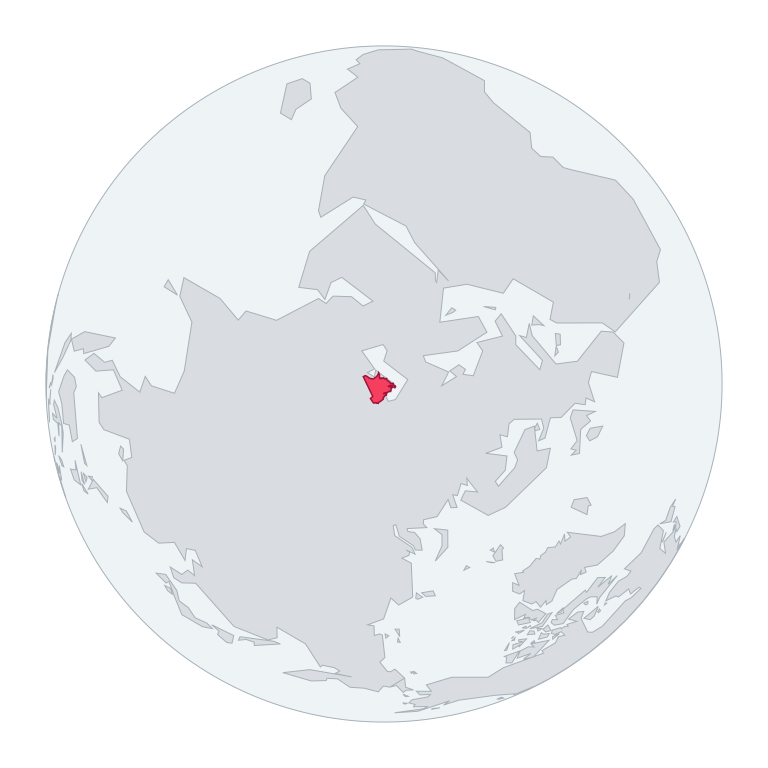 globe centered on Mangghystau, rotated 157°
{"feature_id": "KAZ-3236", "entity_name": "Mangghystau", "entity_type": "Region", "adm_level": 1, "iso_a3": "KAZ", "parent_name": "Kazakhstan", "parent_adm1": "", "projection": "orthographic", "projection_center": [52.321, 43.87], "detail": "fine", "context": "on_globe", "style": "filled", "palette": "rose", "viewbox_px": 768, "rotation_deg": 157, "n_neighbors": 0, "source": "natural_earth", "source_scale": "10m", "svg_char_len": 14598}
<svg xmlns="http://www.w3.org/2000/svg" viewBox="0 0 768 768"><g transform="rotate(157 384 384)"><circle cx="384" cy="384" r="338" fill="#eef3f6" stroke="#a8b0b8"/><path d="M371.4,46.3L372.2,46.5L363.6,46.8L365.3,47.1L376.3,47.1L383.1,47.2L403.9,54.2L438.7,63.7L454.6,65.2L447.3,66.7L480.6,69.5L502.7,77.2L474.7,69.7L469.5,70.0L483.0,75.3L480.6,76.9L485.7,80.7L481.6,82.4L465.6,78.8L462.6,80.0L472.3,83.8L474.3,88.6L460.5,82.6L462.6,90.5L436.2,87.6L402.7,73.4L384.9,76.2L342.1,73.9L342.9,76.8L327.2,78.8L322.3,83.2L315.7,82.2L317.5,86.7L324.4,86.7L327.4,88.9L325.2,91.7L316.4,90.7L316.3,89.2L312.6,90.4L309.2,88.9L309.6,91.2L299.2,90.2L306.0,95.5L294.9,98.4L289.0,96.6L294.2,91.2L293.4,76.1L289.1,74.0L277.7,75.7L246.5,90.1L239.7,90.7L227.3,95.5L228.8,97.3L239.1,94.4L238.9,99.7L251.6,96.3L253.3,98.3L264.5,97.7L257.8,104.1L245.2,110.9L235.6,112.0L229.8,115.3L234.9,119.9L213.1,128.2L191.9,145.3L186.8,147.2L184.1,139.8L194.4,124.8L191.0,118.1L188.1,129.2L175.4,135.0L171.1,139.2L168.8,143.2L171.6,143.8L166.2,147.6L167.1,137.3L172.0,133.7L171.7,136.7L176.4,130.1L177.0,124.5L170.5,128.7L178.1,118.2L173.6,121.3L172.7,121.2L179.4,116.7L167.5,124.9L170.3,122.2L189.7,107.5L210.1,94.3L231.3,82.5L253.4,72.3L276.1,63.8L299.4,56.8L323.1,51.6L347.2,48.1L371.4,46.3ZM386.5,47.2L376.8,47.1L367.7,46.8L376.1,46.5L386.5,47.2ZM403.3,49.8L398.1,49.7L396.6,48.2L400.1,48.7L403.3,49.8ZM466.5,66.4L459.0,64.1L467.1,65.9L466.5,66.4ZM487.1,80.9L490.0,81.2L491.4,83.2L487.1,80.9ZM267.4,94.4L266.0,96.0L264.6,95.2L267.4,94.4ZM273.7,92.8L273.2,90.7L276.1,89.7L276.3,91.0L273.7,92.8ZM486.4,87.7L487.8,91.1L483.6,87.0L486.4,87.7ZM273.6,95.6L281.2,88.2L286.3,86.5L291.5,90.2L273.6,95.6ZM486.8,92.6L490.4,101.6L497.1,102.7L480.0,105.2L482.6,96.4L476.4,90.9L483.1,93.4L486.8,92.6ZM327.5,85.6L320.1,85.6L328.4,83.1L327.5,85.6ZM332.1,83.6L353.3,74.3L363.2,76.2L354.1,78.6L368.6,79.6L363.0,85.0L353.8,85.7L348.5,83.3L350.4,87.3L332.1,83.6ZM470.0,105.6L468.5,107.5L467.0,104.8L470.0,105.6ZM329.3,89.6L332.7,87.3L341.5,88.7L336.3,93.6L335.1,91.5L329.3,89.6ZM375.2,77.4L380.8,79.6L377.8,84.5L379.6,86.2L363.7,85.3L375.2,77.4ZM332.0,92.6L333.5,96.1L327.2,98.1L326.6,91.9L332.0,92.6ZM346.0,87.1L349.9,88.1L346.0,89.1L346.0,87.1ZM306.0,108.1L309.9,104.9L314.8,105.2L306.0,108.1ZM334.4,97.3L336.6,96.6L338.9,96.5L338.6,99.2L334.4,97.3ZM362.7,89.1L360.3,90.8L369.1,89.6L367.2,93.6L356.9,92.5L360.6,94.7L360.0,96.0L352.3,93.7L362.7,89.1ZM345.4,101.8L331.7,102.5L323.5,108.2L318.8,107.9L333.0,98.9L345.4,101.8ZM350.1,97.2L346.2,99.9L342.4,97.9L342.8,94.9L350.1,97.2ZM369.6,96.9L375.1,91.0L377.2,91.5L369.6,96.9ZM343.7,103.8L347.1,103.7L343.6,104.4L343.7,103.8ZM362.5,99.3L364.2,97.1L366.5,97.7L362.5,99.3ZM352.3,105.5L347.9,105.5L348.0,103.3L352.3,105.5ZM357.6,103.0L360.3,104.4L350.8,102.5L358.0,101.8L357.6,103.0ZM364.4,100.3L366.3,99.9L363.3,101.2L364.4,100.3ZM354.3,114.2L342.3,112.3L342.6,107.3L354.3,109.6L354.3,114.2ZM82.4,456.7L77.0,399.7L85.2,390.0L90.7,370.0L150.8,341.6L159.1,354.9L201.4,372.8L205.9,378.6L196.1,393.2L224.0,430.4L238.7,420.9L268.8,443.5L291.8,449.0L308.5,419.0L270.8,409.3L269.0,391.5L303.1,385.6L336.7,394.7L337.1,388.1L319.8,369.8L331.6,359.8L314.3,362.5L318.3,370.3L307.6,372.5L303.3,365.6L307.6,362.1L298.6,356.7L280.2,375.9L282.3,385.9L256.2,381.8L257.2,398.4L248.7,402.9L243.9,376.6L247.4,368.8L235.0,336.2L228.9,343.8L240.2,375.5L234.8,371.2L226.6,383.0L228.7,370.6L217.9,335.2L197.1,329.4L163.4,347.7L152.8,342.3L147.1,328.0L166.5,298.9L188.2,314.4L195.3,305.4L197.1,285.4L203.5,292.2L206.9,286.3L215.7,291.6L234.1,284.0L244.0,287.9L257.0,271.3L263.9,271.3L254.2,280.9L252.7,290.2L277.9,300.6L284.5,298.5L291.0,287.2L297.1,292.0L300.1,279.7L317.5,280.5L298.9,269.7L306.0,257.3L319.6,250.9L318.6,245.2L296.4,255.8L290.6,262.0L290.9,270.2L272.1,286.9L262.1,286.5L269.2,262.6L255.9,259.9L267.2,243.5L320.3,223.0L339.4,222.3L358.7,247.1L350.9,253.9L340.1,248.1L344.7,264.9L346.9,258.0L352.0,262.3L360.1,252.6L364.0,255.3L365.0,241.8L370.8,244.0L370.1,252.6L387.0,241.2L400.6,243.6L402.5,239.8L400.7,235.1L419.2,241.9L419.7,238.9L413.9,235.4L411.3,227.4L413.8,216.1L420.1,219.0L420.0,223.5L429.3,237.7L428.1,249.9L430.9,250.0L433.4,240.3L422.1,222.7L421.9,215.2L428.5,222.5L426.1,219.2L427.9,216.5L435.6,216.7L428.9,208.4L440.8,176.7L456.8,174.8L461.3,184.3L476.2,167.9L493.1,168.7L487.7,165.3L491.2,156.2L485.9,155.7L483.6,153.5L490.1,131.8L496.5,129.6L493.2,118.1L490.4,116.5L485.4,117.3L480.0,105.2L497.1,102.7L502.6,106.2L509.6,102.9L521.0,111.7L533.7,118.1L542.1,130.8L551.4,135.3L553.1,133.6L567.0,139.1L589.9,157.8L564.0,150.1L528.3,127.1L542.2,136.7L536.9,137.0L540.5,142.2L550.5,149.2L553.1,148.4L557.8,175.4L577.6,202.0L581.5,192.2L590.9,193.8L616.8,219.4L635.2,274.2L647.8,279.9L653.2,287.8L652.3,299.1L644.5,287.7L637.4,289.4L633.2,281.7L629.1,297.1L622.8,286.8L622.7,304.6L630.2,309.7L636.1,299.3L638.8,320.1L653.5,325.5L662.6,341.5L663.0,385.8L652.2,409.2L653.1,415.3L644.9,414.9L639.9,432.6L659.7,451.4L661.2,460.1L650.3,487.4L649.0,481.7L627.4,480.6L627.5,502.8L644.1,508.4L649.9,522.9L639.0,525.5L632.6,513.0L624.9,512.1L624.0,493.8L612.0,471.9L600.8,484.3L598.8,473.2L580.5,457.3L562.8,474.0L536.6,516.1L537.7,544.5L526.6,560.1L501.5,526.8L493.2,499.8L482.4,505.1L458.1,484.6L410.9,488.3L405.9,480.7L396.6,484.8L379.8,477.1L372.8,464.0L361.8,464.6L381.2,498.7L393.1,498.1L405.3,484.9L408.3,496.8L424.7,506.3L400.6,535.2L333.3,556.5L329.6,534.7L293.4,466.3L296.1,459.4L296.1,458.5L295.8,457.0L289.5,467.8L284.3,453.7L300.5,502.0L302.0,520.8L332.4,557.6L328.8,560.5L339.4,568.1L377.0,562.2L376.6,569.1L357.1,598.9L307.6,631.2L315.9,654.7L315.2,671.5L288.2,676.6L294.5,688.1L281.1,688.3L282.9,693.4L274.4,695.5L258.7,693.8L227.8,681.5L222.7,676.9L202.5,661.2L173.0,624.0L177.4,613.6L173.3,600.0L151.3,558.5L155.9,543.3L150.8,532.1L139.9,526.9L134.4,513.2L128.1,508.2L91.3,481.2L82.4,456.7ZM125.1,366.0L122.3,371.5L125.1,366.0ZM369.4,420.7L391.5,423.2L386.7,401.6L394.8,401.0L390.1,394.2L386.2,400.1L375.6,381.5L387.0,375.8L386.9,366.4L379.5,365.2L360.4,378.8L375.3,405.2L368.1,413.4L369.4,420.7ZM175.4,135.6L175.1,136.6L171.8,141.0L171.5,139.6L175.4,135.6ZM168.9,158.5L160.4,164.2L166.2,158.8L164.0,157.4L173.6,145.1L184.7,147.6L178.0,148.4L168.9,158.5ZM189.4,130.3L182.1,137.2L189.7,129.6L189.4,130.3ZM216.9,251.3L217.8,257.5L211.5,262.7L199.1,259.8L208.1,252.0L216.9,251.3ZM220.7,265.4L231.2,243.7L239.4,245.3L233.0,248.0L237.3,251.2L228.3,256.4L225.8,280.0L220.1,286.3L200.2,276.2L209.9,275.8L208.3,269.3L220.7,265.4ZM243.6,192.0L248.2,184.5L259.9,197.5L254.2,203.2L241.4,200.1L240.7,191.6L243.6,192.0ZM281.2,104.3L282.3,101.9L284.7,101.9L285.8,104.1L281.2,104.3ZM307.4,106.6L279.3,115.6L279.0,113.1L262.9,122.3L255.9,119.5L266.6,113.4L249.1,118.6L256.0,112.0L244.2,116.5L268.8,103.3L274.3,98.2L270.8,104.8L277.1,107.4L281.4,107.1L297.8,102.4L312.7,93.5L321.3,95.3L323.4,99.0L321.1,101.4L316.3,99.3L316.7,104.1L308.0,103.0L307.4,106.6ZM343.1,150.9L338.4,145.8L337.8,158.4L329.1,156.1L329.5,157.7L321.3,159.2L312.1,164.0L308.9,161.9L306.7,164.8L301.2,166.1L297.2,169.4L289.9,167.1L284.3,171.1L284.0,167.7L276.4,175.4L278.8,168.7L271.9,170.3L273.2,175.9L243.7,158.8L229.5,157.9L216.4,161.2L222.2,150.3L238.3,140.7L258.3,134.0L271.1,136.8L271.4,131.8L277.7,131.8L274.8,135.8L282.9,129.8L287.3,131.0L305.1,127.2L314.1,118.7L320.8,117.4L319.5,121.4L327.1,117.4L329.1,124.3L333.9,123.7L340.8,130.3L335.3,138.9L341.2,137.7L346.6,143.1L343.1,150.9ZM355.9,116.1L351.4,126.2L344.4,130.1L335.5,117.2L330.8,116.8L324.8,109.4L335.1,104.1L335.9,106.6L339.0,107.9L334.5,109.0L340.5,109.1L341.7,112.7L346.7,113.9L343.8,116.7L355.9,116.1ZM214.0,375.2L218.0,378.1L225.0,380.5L219.9,388.4L214.0,375.2ZM206.2,351.2L210.3,352.1L206.5,363.6L202.4,361.0L206.2,351.2ZM215.7,343.2L210.8,351.3L211.0,345.3L215.7,343.2ZM258.3,281.3L263.0,281.9L262.3,284.8L258.2,288.0L258.3,281.3ZM339.5,190.5L338.0,186.3L340.2,185.3L343.5,175.7L350.2,177.1L350.9,183.4L339.5,190.5ZM300.3,423.1L291.8,427.7L289.2,423.9L292.6,423.0L300.3,423.1ZM252.6,408.8L262.0,416.4L251.1,410.8L252.6,408.8ZM347.5,190.4L348.0,186.1L351.1,189.5L347.5,190.4ZM355.3,177.7L359.4,180.7L351.4,176.1L355.3,177.7ZM373.5,673.8L356.1,698.2L339.9,697.0L334.6,689.8L339.5,674.8L357.7,671.3L366.0,663.5L373.5,673.8ZM689.9,516.0L693.6,510.9L693.2,512.2L689.9,516.0ZM686.3,518.6L691.0,512.0L685.0,522.1L686.3,518.6ZM692.7,509.5L697.5,500.3L699.5,495.4L698.8,498.2L692.7,509.5ZM682.9,523.3L661.4,546.8L652.1,552.8L655.0,546.8L670.1,533.2L682.9,523.3ZM654.2,547.4L639.0,549.1L613.3,531.3L622.6,526.2L648.5,529.3L647.0,534.0L656.3,535.2L654.2,547.4ZM688.2,492.1L686.5,504.1L675.4,516.5L669.9,520.7L666.2,511.0L668.3,501.8L673.0,497.2L687.5,453.6L693.4,452.7L689.8,469.1L694.3,472.9L688.2,492.1ZM539.4,546.5L548.4,559.4L541.9,564.3L539.4,546.5ZM690.6,428.0L686.6,447.0L689.4,425.0L690.6,428.0ZM690.6,409.6L692.2,414.7L688.7,412.6L690.6,409.6ZM655.5,423.5L650.7,429.8L649.2,425.8L654.5,415.4L655.5,423.5ZM669.6,355.2L674.6,367.5L675.4,372.7L670.8,367.8L669.6,355.2ZM406.0,201.0L393.8,212.4L389.5,222.6L394.1,231.1L382.4,224.6L389.0,208.8L406.0,201.0ZM435.8,179.1L431.7,172.6L436.9,172.6L438.5,174.2L435.8,179.1ZM430.9,177.1L419.6,174.4L419.5,169.0L428.5,172.1L430.9,177.1ZM383.2,181.4L379.2,184.6L376.8,181.6L383.2,181.4ZM648.8,594.0L649.4,593.1L650.8,591.4L648.8,594.0ZM651.6,590.3L658.2,580.7L680.1,546.7L697.8,508.9L700.5,502.4L690.8,525.7L679.3,548.2L666.3,569.8L651.6,590.3ZM698.7,501.8L704.7,485.0L706.9,479.5L698.7,501.8ZM719.2,426.7L716.6,439.4L716.0,437.9L717.8,428.5L714.7,435.9L718.3,421.3L718.9,426.2L720.5,411.2L721.4,403.3L719.2,426.7ZM716.5,443.3L717.0,441.1L716.1,446.0L716.5,443.3ZM709.4,459.1L709.0,462.3L707.8,463.3L709.4,459.1ZM711.2,453.4L714.4,446.9L710.7,456.6L711.2,453.4ZM697.0,471.2L698.6,475.4L703.5,462.8L699.7,475.3L702.2,480.5L700.6,486.5L698.4,480.3L696.1,494.4L693.8,497.8L693.4,489.4L696.2,472.9L698.5,464.0L706.9,446.7L697.0,471.2ZM711.5,445.3L710.5,440.0L711.1,432.9L712.3,434.4L711.5,445.3ZM705.8,428.2L701.1,425.2L698.2,434.5L702.6,409.8L706.6,416.7L705.8,428.2ZM699.6,413.0L697.1,421.6L698.8,408.5L699.6,413.0ZM695.6,419.8L693.9,413.8L696.6,410.5L695.6,419.8ZM701.2,410.5L699.3,398.3L701.9,402.7L701.2,410.5ZM688.9,400.8L697.3,402.7L688.9,409.7L681.9,388.4L685.0,383.0L688.9,400.8ZM664.6,284.2L660.2,279.2L661.1,273.2L663.9,278.3L664.6,284.2ZM660.2,250.7L659.9,270.0L659.1,286.4L662.3,285.9L667.6,298.9L659.3,294.0L655.4,274.9L657.2,264.5L651.5,254.5L649.2,242.6L640.5,233.1L637.5,225.9L645.9,231.5L660.2,250.7ZM636.6,229.6L620.6,211.1L625.2,204.8L629.7,207.5L635.1,218.4L632.4,221.0L636.6,229.6ZM618.1,205.0L615.3,207.6L585.9,190.2L580.9,185.2L605.6,194.0L604.3,197.0L610.7,202.7L618.1,205.0ZM472.1,108.5L468.8,107.6L471.8,106.9L472.1,108.5ZM480.6,153.5L477.9,150.3L481.6,149.3L480.6,153.5ZM472.5,141.2L470.3,144.5L470.0,139.8L472.5,141.2ZM465.8,152.4L468.2,145.3L469.6,154.0L465.8,152.4Z" fill="#d9dde1" stroke="#a8b0b8" stroke-width="1"/><path d="M398.1,399.1L397.9,399.0L397.8,398.9L397.7,398.8L397.6,398.6L397.4,398.4L397.1,398.2L396.8,397.9L396.2,396.9L395.6,396.0L395.5,395.9L395.5,395.7L395.5,395.4L395.3,395.2L394.6,394.6L392.2,393.1L391.9,392.9L391.5,392.9L388.8,393.5L387.8,393.9L387.6,394.0L386.9,394.3L385.9,395.1L384.5,396.5L384.5,396.4L384.7,395.8L384.7,395.6L384.7,395.4L384.7,395.2L384.5,394.9L384.5,394.7L384.4,394.5L384.4,394.4L384.5,394.2L384.7,393.8L384.9,393.4L385.2,393.0L385.2,392.9L385.2,392.7L385.4,392.6L385.4,392.4L385.5,392.1L385.5,391.8L385.5,391.6L385.5,391.4L385.4,391.2L385.1,390.9L385.1,390.6L385.2,390.8L385.5,391.1L385.6,391.4L385.6,391.5L385.8,391.4L385.8,391.1L385.8,390.9L385.7,390.7L385.3,390.6L385.1,390.3L384.6,390.2L384.2,390.1L383.9,390.4L383.5,389.9L383.3,389.8L383.2,389.8L382.9,389.8L382.6,390.0L382.4,390.1L382.2,390.1L382.0,389.7L381.8,389.4L381.7,389.3L381.7,389.1L381.6,388.9L381.4,388.7L381.2,388.5L381.2,388.4L381.3,388.3L381.2,388.2L380.7,388.1L380.3,388.1L379.9,388.2L379.5,388.2L379.4,388.1L379.5,388.0L379.6,387.5L379.7,387.3L379.7,386.5L379.7,386.4L379.5,386.0L379.5,385.8L379.5,385.7L379.3,385.6L379.2,385.4L378.9,385.2L378.5,384.4L378.4,384.3L378.4,384.1L378.4,383.8L378.3,383.7L378.2,383.5L378.1,383.4L378.0,383.2L377.9,383.1L377.8,382.9L377.8,382.3L377.8,382.1L377.7,381.9L377.1,381.6L375.7,381.3L375.5,381.2L375.4,381.1L375.2,380.9L375.2,380.5L375.2,380.4L375.2,380.2L375.2,379.8L375.3,379.7L375.3,379.8L375.4,379.6L375.5,379.5L375.5,379.3L375.6,379.2L375.7,379.3L376.3,379.5L376.5,379.5L376.7,379.4L376.9,379.4L376.9,379.5L377.0,379.5L377.3,379.5L377.5,379.6L377.6,379.4L377.8,379.4L377.9,379.5L378.0,379.5L378.3,379.8L378.5,379.8L378.5,380.0L378.4,380.0L378.5,380.1L378.9,380.3L379.0,380.3L379.3,380.3L379.6,380.0L379.7,379.9L379.8,379.9L380.0,379.9L380.0,380.1L380.4,380.1L380.7,380.2L380.8,380.2L380.7,379.9L380.3,379.6L380.2,379.6L379.8,379.7L379.7,379.6L379.5,379.1L379.4,379.0L379.3,378.8L379.0,378.6L378.9,378.5L378.7,378.5L378.7,378.4L378.4,378.2L378.3,377.8L378.5,377.7L378.4,377.6L378.3,377.4L378.5,377.3L378.8,377.3L378.9,377.1L379.1,377.0L379.2,376.9L379.3,376.9L379.4,377.0L379.5,377.2L379.5,376.8L379.5,376.7L379.5,376.4L379.6,376.2L379.8,375.9L380.2,375.4L380.2,375.1L380.3,375.0L380.4,375.3L380.6,375.3L380.8,375.3L381.0,375.3L381.1,375.2L381.3,375.1L381.5,374.9L381.6,374.7L381.8,374.8L382.2,375.0L382.3,375.1L382.5,375.1L382.8,375.0L383.0,375.1L384.3,374.9L384.5,375.0L384.8,374.9L385.0,375.0L385.7,375.3L386.1,375.3L386.3,375.4L386.4,375.5L386.8,375.4L386.9,375.5L387.2,375.5L387.3,375.6L387.5,375.4L387.8,375.3L387.9,375.2L387.4,375.1L387.3,374.9L387.1,374.9L386.4,374.6L386.2,374.4L385.8,374.3L385.7,374.2L385.7,373.9L385.7,373.7L385.8,373.6L385.9,373.4L386.0,373.3L386.1,373.1L386.2,372.8L387.0,373.0L389.0,372.4L389.9,371.9L389.6,371.6L390.0,371.2L390.6,370.3L391.0,370.2L391.3,370.1L394.5,369.3L395.9,369.2L396.8,368.4L397.6,369.1L397.9,368.9L398.3,369.2L398.3,369.7L398.8,369.9L399.2,369.9L399.3,370.1L399.6,370.3L400.0,370.2L400.3,370.3L400.5,370.3L401.0,370.5L401.3,371.3L402.2,375.9L399.2,377.0L400.2,398.7L399.9,398.6L399.7,398.7L399.4,398.9L398.9,399.0L398.7,399.1L398.1,399.1ZM385.5,374.6L385.6,374.8L385.5,375.0L385.3,374.9L385.1,374.8L385.0,374.6L385.0,374.4L385.1,374.2L385.3,374.2L385.4,374.3L385.5,374.4L385.5,374.6ZM375.0,378.2L374.9,378.3L374.6,378.2L374.5,377.9L374.3,377.7L374.3,377.4L374.5,376.9L374.8,376.7L374.8,376.8L374.6,377.0L374.4,377.3L374.4,377.5L374.5,377.6L374.6,377.8L374.6,378.0L374.8,378.2L375.0,378.1L375.0,378.2ZM375.4,377.2L375.5,376.8L375.8,376.7L375.8,376.8L375.7,377.0L375.7,377.3L375.6,377.5L375.4,377.4L375.4,377.2ZM377.4,377.9L377.5,378.1L377.4,378.0L377.2,378.1L377.2,377.9L377.0,377.7L376.9,377.5L377.0,377.5L377.3,377.5L377.4,377.9Z" fill="#f43f5e" stroke="#9f1239" stroke-width="1.5"/></g></svg>